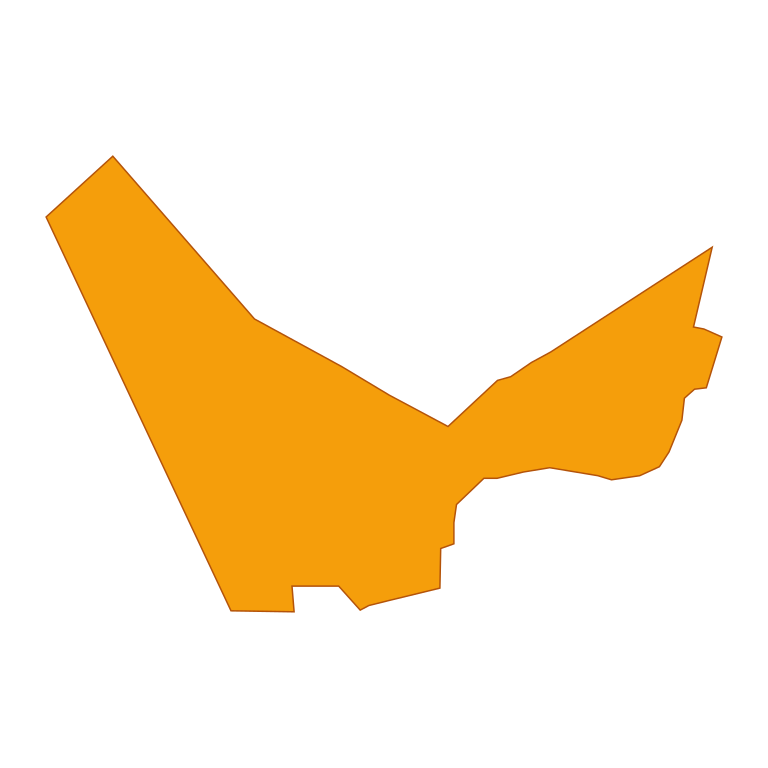 Messias Targino, Rio Grande do Norte, Brazil (Albers equal-area conic projection)
{"feature_id": "56859067B56904102074746", "entity_name": "Messias Targino", "entity_type": "district", "adm_level": 2, "iso_a3": "BRA", "parent_name": "Brazil", "parent_adm1": "Rio Grande do Norte", "projection": "albers", "projection_center": [-37.447, -6.084], "detail": "fine", "context": "isolated", "style": "filled", "palette": "amber", "viewbox_px": 768, "rotation_deg": 0, "n_neighbors": 0, "source": "geoboundaries", "source_scale": "gbopen_adm2", "svg_char_len": 635}
<svg xmlns="http://www.w3.org/2000/svg" viewBox="0 0 768 768"><path d="M712.2,247.2L550.7,352.0L531.4,362.5L510.7,376.7L497.5,380.4L448.0,426.5L389.2,395.1L341.9,366.7L293.0,340.0L254.5,319.0L112.8,156.2L46.1,217.0L120.0,374.5L231.0,610.8L294.1,611.8L292.0,586.1L338.7,586.1L360.2,610.1L368.9,605.5L389.4,600.4L439.9,588.1L440.7,548.5L453.9,543.8L453.9,522.6L456.5,504.5L483.9,478.3L497.1,478.3L523.5,472.0L549.7,467.7L597.9,475.7L611.5,479.8L639.7,475.7L659.4,466.7L669.0,452.0L681.9,420.2L684.4,398.2L694.5,389.2L706.3,387.8L721.9,337.0L703.9,329.0L693.5,327.0L712.2,247.2Z" fill="#f59e0b" stroke="#b45309" stroke-width="1.5"/></svg>